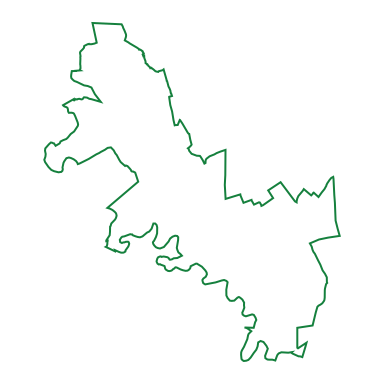 the district of Alexandru I. Cuza, Iasi, Romania
{"feature_id": "2599482B98432410141384", "entity_name": "Alexandru I. Cuza", "entity_type": "district", "adm_level": 2, "iso_a3": "ROU", "parent_name": "Romania", "parent_adm1": "Iasi", "projection": "albers", "projection_center": [26.859, 47.141], "detail": "fine", "context": "isolated", "style": "outline", "palette": "green", "viewbox_px": 384, "rotation_deg": 0, "n_neighbors": 0, "source": "geoboundaries", "source_scale": "gbopen_adm2", "svg_char_len": 5913}
<svg xmlns="http://www.w3.org/2000/svg" viewBox="0 0 384 384"><path d="M275.3,360.5L276.9,356.1L277.6,354.6L278.9,353.3L281.4,352.3L288.4,352.7L291.9,352.1L291.2,352.7L292.8,353.7L298.5,356.3L300.3,356.4L302.3,357.1L305.5,346.5L306.5,342.7L298.0,348.3L297.4,347.9L297.3,347.5L297.3,327.8L312.6,325.5L315.8,312.3L317.4,306.8L318.6,305.6L320.5,304.6L322.3,303.3L323.9,301.1L324.4,300.0L324.7,297.7L324.8,290.1L325.0,288.5L326.1,284.1L327.2,282.9L326.9,282.2L326.8,277.3L325.0,273.8L322.6,270.4L320.3,264.6L318.0,260.2L314.9,253.8L313.4,251.8L312.5,249.7L311.7,246.6L309.9,243.4L319.0,239.5L328.2,237.6L339.7,235.9L337.7,228.9L335.6,220.6L334.9,202.8L334.3,195.1L333.5,178.8L333.2,176.9L331.3,177.9L329.6,179.9L327.3,183.3L326.5,184.9L326.3,185.8L324.4,189.2L321.7,192.5L318.5,197.0L313.7,192.6L313.3,192.8L312.6,194.0L311.2,195.4L303.8,189.1L302.6,191.0L298.4,196.0L297.3,198.4L296.6,201.3L296.6,202.3L295.0,201.4L280.6,182.2L268.2,190.4L273.1,198.1L263.0,205.2L261.4,205.9L261.1,204.7L259.8,202.5L259.0,202.3L254.0,204.6L251.6,200.5L251.5,199.9L243.5,202.8L240.5,195.5L240.3,194.4L225.6,198.9L224.8,184.9L225.3,175.2L225.5,149.9L220.4,151.6L216.6,153.1L214.4,154.4L209.6,156.3L206.4,158.8L205.6,160.4L205.5,163.0L204.4,163.6L202.8,160.3L200.7,156.9L199.9,155.9L196.7,155.7L191.6,153.8L189.2,150.8L188.7,149.0L187.9,148.3L189.7,146.9L191.2,145.3L191.6,144.6L190.3,139.8L189.2,133.9L188.7,133.8L187.8,132.8L182.3,123.4L180.0,120.0L179.8,119.9L177.7,125.0L175.4,125.1L174.7,125.3L173.5,120.1L172.1,111.5L170.3,105.1L169.2,97.4L169.2,96.8L172.0,96.0L171.4,94.1L171.0,93.6L171.1,93.3L170.7,92.7L170.4,90.7L169.6,88.6L168.5,86.5L167.1,81.1L166.7,80.9L166.5,79.6L163.6,69.4L162.6,70.2L158.8,71.2L158.3,71.9L156.2,71.5L155.4,71.2L153.2,69.2L151.8,68.4L151.5,67.8L150.6,67.6L150.2,68.0L149.6,66.9L148.4,65.9L147.4,64.3L147.0,64.3L147.0,64.0L145.6,63.2L145.5,61.2L144.3,58.0L144.2,56.0L143.4,56.3L142.7,54.5L143.5,54.1L143.3,53.6L143.7,53.3L142.5,51.6L142.7,51.4L142.6,51.2L140.4,49.7L140.0,49.8L139.5,49.4L139.0,49.5L138.9,49.0L136.9,47.6L129.4,43.2L128.6,42.5L124.8,40.4L125.9,37.0L126.1,35.8L126.0,34.4L124.5,30.6L123.2,27.9L122.8,26.5L121.6,24.3L92.5,23.0L96.7,42.7L94.4,43.6L91.5,44.2L89.0,44.2L88.9,43.9L87.7,44.2L84.3,45.9L84.1,46.2L84.0,47.7L83.0,49.0L80.4,51.6L80.0,52.8L80.5,55.9L80.5,56.6L80.3,56.9L80.4,58.7L80.2,64.3L80.4,65.6L80.5,68.3L79.7,70.0L80.4,70.4L75.4,70.8L75.5,71.0L71.8,71.1L71.2,74.9L71.1,76.6L71.4,78.2L72.7,79.6L74.3,81.0L76.6,81.8L84.1,85.4L87.7,86.0L91.4,87.5L94.9,94.2L100.8,101.9L91.5,99.2L89.3,98.8L87.0,97.6L84.2,97.3L83.8,97.4L82.8,98.9L82.1,99.3L81.4,99.4L79.3,98.8L78.0,99.0L76.9,99.5L75.7,99.1L75.4,99.2L74.5,100.3L74.1,100.4L73.5,100.0L73.6,99.2L63.0,105.2L63.2,105.5L64.3,106.4L66.5,107.2L67.4,107.8L67.9,109.2L68.1,111.4L68.8,112.8L71.7,112.7L73.5,113.2L74.1,113.9L75.2,116.2L77.7,122.5L78.1,124.5L77.8,125.9L74.1,131.5L70.7,134.0L67.7,137.7L66.3,139.0L63.3,140.1L60.5,141.5L60.0,142.8L59.5,143.5L55.6,145.8L54.0,143.4L53.4,143.4L52.4,142.8L50.9,142.5L48.9,144.3L45.3,148.4L45.0,150.7L45.7,154.0L45.4,156.7L44.3,159.8L45.1,162.1L48.5,167.0L51.3,169.9L54.1,171.2L58.5,172.3L61.3,171.9L62.4,170.8L62.8,169.2L62.5,167.5L63.5,162.8L64.2,161.4L66.4,158.2L68.9,157.5L70.9,158.0L73.7,159.3L76.1,161.1L77.4,162.9L77.8,164.1L79.4,163.6L88.8,158.9L96.4,154.3L99.2,153.0L100.7,152.0L104.9,149.8L107.6,147.9L110.9,147.4L113.7,150.3L115.4,153.5L116.7,155.0L119.3,159.9L120.7,162.1L125.1,166.0L125.9,165.5L127.5,166.1L129.9,168.7L131.0,170.1L131.3,171.0L132.0,171.5L133.1,171.5L135.2,172.6L138.2,181.7L107.4,207.9L109.8,208.6L112.5,210.0L114.7,211.8L115.8,213.0L116.3,214.1L116.6,215.8L116.0,217.8L115.1,219.5L111.3,223.5L110.6,226.0L110.1,226.6L110.0,231.7L109.7,235.2L106.3,240.4L106.3,241.1L107.7,240.7L107.7,240.9L107.4,242.0L107.3,244.3L106.7,246.4L105.8,246.9L115.4,251.5L115.7,250.9L115.4,250.3L118.9,251.9L121.2,252.7L123.1,252.7L124.2,252.3L125.4,251.5L125.5,250.4L128.3,246.5L129.0,244.6L129.2,243.6L128.7,242.2L128.0,241.7L125.9,241.8L124.3,242.4L123.3,242.4L121.9,243.0L120.2,242.1L119.8,239.8L121.3,237.5L122.3,236.7L124.2,236.4L130.2,234.2L131.4,234.5L132.1,234.4L132.9,235.3L135.5,236.3L137.8,237.0L140.0,237.3L142.5,236.4L147.0,232.6L149.3,231.5L151.6,228.7L153.4,223.5L155.2,223.5L156.6,225.0L157.2,227.3L157.1,233.4L156.0,236.9L154.0,240.9L153.2,241.7L152.9,242.5L153.3,244.0L154.2,245.4L155.9,247.2L157.6,248.0L160.0,248.5L163.9,247.0L168.6,241.5L170.1,238.6L172.5,236.7L175.1,235.7L177.2,236.0L178.2,237.2L178.1,240.1L176.8,247.9L177.4,250.0L178.4,252.4L180.4,254.0L181.9,255.7L177.3,258.0L173.7,258.3L172.0,259.3L170.3,259.7L169.6,259.6L168.5,257.9L167.3,257.2L163.7,256.5L161.4,256.9L161.0,256.5L160.2,256.4L158.1,257.3L157.3,258.6L156.6,261.1L156.6,261.7L157.5,263.6L158.8,264.5L160.0,264.2L160.6,264.6L164.4,266.0L164.6,266.2L165.2,268.7L166.0,269.7L168.0,270.9L169.4,271.1L170.9,270.8L171.8,270.4L173.4,268.9L174.2,268.6L175.2,267.5L175.7,267.3L176.7,267.5L180.5,269.4L182.8,270.2L185.4,270.8L187.2,270.7L188.5,270.1L189.8,268.8L190.3,267.9L190.7,266.2L195.8,263.7L197.0,263.7L201.9,266.7L205.3,270.4L206.6,272.5L206.9,274.3L205.8,276.7L203.3,278.6L202.4,280.0L202.7,281.6L203.3,283.2L205.2,284.4L215.6,282.4L221.7,280.5L224.1,280.0L226.4,280.9L227.6,282.2L226.3,289.7L226.4,295.5L227.6,298.0L229.8,300.6L231.7,300.9L234.3,300.6L237.5,297.6L238.9,297.0L240.3,297.8L242.4,299.6L244.1,302.6L244.0,305.2L244.3,307.7L243.1,310.9L242.3,312.6L242.6,314.5L244.1,315.7L245.9,316.3L252.1,314.4L253.8,314.9L255.5,317.6L256.3,320.0L255.1,322.3L253.7,327.8L244.5,327.5L246.3,327.9L247.7,328.6L251.3,331.2L248.7,333.8L248.1,335.2L247.3,339.2L244.0,346.8L241.8,350.6L241.2,352.4L241.1,354.9L241.5,359.0L242.5,360.2L243.8,361.0L246.3,360.7L248.4,359.9L250.7,357.5L253.8,352.9L256.3,349.7L257.6,346.4L258.2,342.4L260.6,341.0L263.5,342.0L266.4,345.8L267.8,348.7L265.1,355.9L265.4,358.2L267.4,359.5L269.4,359.7L272.5,359.7L275.3,360.5Z" fill="none" stroke="#15803d" stroke-width="2"/></svg>